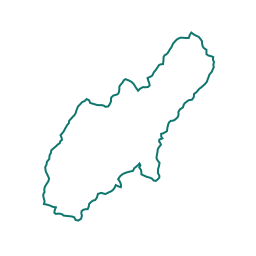 Guarantã, São Paulo, Brazil, rotated 348°
{"feature_id": "56859067B8052409163305", "entity_name": "Guarantã", "entity_type": "district", "adm_level": 2, "iso_a3": "BRA", "parent_name": "Brazil", "parent_adm1": "São Paulo", "projection": "albers", "projection_center": [-49.583, -21.913], "detail": "fine", "context": "isolated", "style": "outline", "palette": "teal", "viewbox_px": 256, "rotation_deg": 348, "n_neighbors": 0, "source": "geoboundaries", "source_scale": "gbopen_adm2", "svg_char_len": 3008}
<svg xmlns="http://www.w3.org/2000/svg" viewBox="0 0 256 256"><g transform="rotate(348 128 128)"><path d="M63.3,207.0L64.7,204.1L64.6,201.6L65.4,199.6L67.3,198.7L69.4,198.6L71.7,199.0L73.2,196.8L74.3,194.1L76.3,192.8L78.4,191.8L81.0,191.6L83.1,189.6L84.9,186.2L88.4,185.9L90.2,186.9L92.2,187.9L95.6,187.0L98.7,186.3L100.6,185.3L102.5,183.6L104.2,181.3L106.5,183.1L108.6,184.4L109.3,182.7L109.2,180.3L108.6,177.9L107.7,176.0L110.3,173.5L112.5,172.3L114.2,171.7L118.0,171.1L120.9,171.0L123.9,171.0L125.8,168.6L127.9,167.6L130.3,166.3L131.8,165.1L132.4,167.1L130.8,168.9L132.0,171.8L131.8,174.4L131.5,176.2L136.1,179.6L139.4,181.3L140.8,182.4L142.2,184.7L144.2,185.5L146.1,184.6L148.3,183.1L148.7,181.2L147.9,178.2L149.0,174.1L150.3,171.9L151.6,168.6L150.4,166.3L149.6,163.7L150.0,161.9L151.8,157.8L152.7,155.0L153.9,153.6L155.1,152.5L156.7,151.3L156.5,149.5L155.6,147.5L156.3,145.8L159.5,145.3L158.7,143.4L159.2,140.6L161.4,140.5L165.4,139.2L166.8,135.5L168.2,132.6L169.4,131.0L171.4,129.9L173.5,130.2L175.9,129.6L177.4,128.6L179.1,127.5L180.2,125.5L180.6,122.8L182.5,120.7L186.1,119.2L187.3,116.9L188.6,115.6L192.2,113.8L193.7,113.4L196.3,113.7L198.7,111.6L199.7,108.4L202.3,107.3L205.7,104.6L208.6,103.2L212.0,101.3L214.7,99.2L217.1,95.4L218.8,92.6L221.8,90.3L223.1,88.2L224.5,86.5L224.6,84.0L225.8,81.3L225.3,78.9L226.1,76.3L224.3,75.1L221.6,73.8L220.1,72.0L221.0,67.8L218.9,65.7L218.0,63.7L218.0,61.2L218.4,58.5L217.4,56.0L216.1,53.6L213.6,51.7L212.2,50.6L209.8,47.8L207.8,49.8L206.2,52.5L203.5,52.1L200.4,51.1L198.3,50.6L195.8,51.0L194.2,51.6L192.3,52.8L189.6,54.8L188.0,57.1L186.8,58.5L185.4,59.7L182.4,63.0L180.5,64.0L178.8,64.6L177.5,66.1L176.7,69.5L175.5,72.8L173.0,72.5L171.3,73.0L169.5,74.8L167.1,77.1L164.8,78.9L163.1,81.2L161.8,82.2L159.9,82.6L157.5,83.2L157.7,86.0L158.1,88.4L158.0,90.9L156.3,92.0L153.5,91.8L151.0,91.1L147.7,92.2L145.6,93.6L144.9,91.9L144.1,90.1L143.4,88.1L142.6,85.9L141.0,83.6L138.6,81.6L137.2,80.7L135.8,79.7L133.9,80.4L132.2,82.3L130.0,84.0L128.3,85.4L127.8,87.2L127.4,89.0L126.6,90.9L125.6,92.4L123.8,93.0L120.4,93.2L117.8,94.8L117.2,97.0L116.8,98.6L115.0,101.0L113.1,102.8L110.2,102.5L109.0,101.1L106.9,100.1L105.3,99.8L103.0,99.3L100.8,98.1L98.2,96.7L96.2,95.6L95.7,92.8L93.6,91.1L91.1,92.6L88.4,93.2L86.9,94.3L85.5,95.3L83.5,96.6L81.7,99.3L80.6,101.2L79.5,103.1L77.8,104.7L76.3,105.5L74.8,106.7L73.2,107.8L71.9,108.8L71.0,111.1L69.1,112.5L67.1,114.7L65.9,116.1L64.3,118.1L60.5,121.0L61.0,123.6L61.0,125.9L59.0,126.9L58.1,128.7L55.9,129.5L53.5,131.1L50.9,132.4L48.4,133.8L47.3,136.5L45.8,138.1L45.1,139.9L44.6,141.9L43.2,143.0L41.6,144.3L40.7,146.8L38.9,149.1L38.6,151.5L38.6,153.8L39.3,156.4L39.9,159.0L40.3,161.1L38.9,163.7L36.3,166.2L34.4,168.3L33.3,170.8L33.0,173.5L31.6,174.8L31.0,176.6L31.0,179.3L31.2,182.4L29.9,184.9L32.4,185.9L35.8,187.8L37.9,189.4L41.0,190.6L39.9,192.1L38.8,194.0L38.4,195.8L39.7,197.1L41.5,197.2L43.5,197.6L45.6,198.7L46.8,200.3L54.8,202.9L56.9,204.2L57.6,207.0L60.1,208.2L63.3,207.0Z" fill="none" stroke="#0f766e" stroke-width="2"/></g></svg>